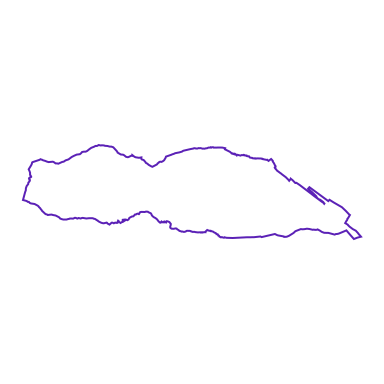 outline of Frumusica, Botosani, Romania
{"feature_id": "2599482B74523212709144", "entity_name": "Frumusica", "entity_type": "district", "adm_level": 2, "iso_a3": "ROU", "parent_name": "Romania", "parent_adm1": "Botosani", "projection": "natural_earth1", "projection_center": [26.855, 47.52], "detail": "fine", "context": "isolated", "style": "outline", "palette": "violet", "viewbox_px": 384, "rotation_deg": 0, "n_neighbors": 0, "source": "geoboundaries", "source_scale": "gbopen_adm2", "svg_char_len": 5946}
<svg xmlns="http://www.w3.org/2000/svg" viewBox="0 0 384 384"><path d="M132.2,155.0L132.0,155.8L131.6,155.7L131.1,155.8L128.4,157.1L127.7,157.2L126.0,156.8L124.2,155.3L123.1,154.7L120.8,154.5L117.6,152.6L117.4,152.0L116.7,151.0L113.3,147.3L111.3,146.6L109.7,146.6L107.5,146.0L104.9,145.8L104.2,145.5L102.7,145.3L101.3,145.3L100.9,145.5L99.4,145.2L98.8,145.0L97.1,145.9L96.7,146.0L95.8,145.9L95.4,146.0L93.9,146.8L91.3,147.8L89.2,149.3L87.1,151.0L85.6,151.7L83.7,151.7L82.1,152.0L81.1,153.2L79.9,154.2L76.7,154.6L74.0,155.8L71.7,157.0L68.5,159.4L65.5,160.4L64.0,161.5L63.1,161.8L62.3,161.9L58.3,163.7L57.1,163.4L55.6,163.4L53.8,162.1L52.8,161.7L48.6,162.1L46.9,161.6L45.2,160.9L42.8,160.2L42.0,159.7L41.4,159.6L40.5,159.2L39.6,159.8L32.4,162.2L32.1,162.6L31.8,163.9L31.1,165.4L28.7,169.3L29.6,171.3L30.1,172.9L30.0,174.3L30.2,174.6L30.3,175.6L30.9,176.0L31.2,176.7L31.2,176.9L30.8,177.2L30.5,177.2L29.9,177.6L29.8,177.9L29.1,178.1L29.0,178.3L29.2,178.7L29.3,179.7L29.9,180.0L29.9,180.3L29.6,181.2L28.9,182.1L28.6,182.3L28.3,182.8L28.2,184.1L26.7,186.0L25.9,188.2L25.8,190.3L25.1,192.2L23.0,200.0L26.3,200.9L27.0,201.2L27.6,201.8L28.8,201.9L29.9,203.0L30.8,203.4L34.6,204.0L37.6,205.6L38.5,206.3L39.0,207.1L40.2,208.2L40.6,208.9L41.7,210.2L42.0,210.8L45.2,213.8L45.8,214.2L46.8,214.4L47.8,215.0L50.0,214.7L51.7,214.6L52.9,215.0L55.6,215.5L58.9,217.2L59.4,217.6L60.1,218.5L61.6,219.1L63.2,219.5L66.6,219.5L68.3,219.0L69.1,218.9L70.0,218.5L73.2,218.6L74.9,217.8L75.8,217.9L77.1,218.5L77.7,218.5L78.3,218.1L78.6,218.0L80.7,218.5L81.9,218.0L82.7,217.9L86.4,218.5L89.0,218.2L92.2,218.2L93.0,218.3L93.7,218.7L94.9,218.9L96.5,219.9L96.6,220.1L97.6,220.5L97.8,220.8L98.9,221.6L101.1,222.7L102.4,223.1L103.7,223.3L106.7,222.6L107.0,222.8L107.5,223.5L109.5,224.6L111.5,222.8L112.0,222.6L112.8,222.8L113.8,223.3L115.2,222.6L116.2,222.9L117.5,222.8L117.6,221.8L118.1,220.7L118.6,221.1L118.5,221.3L118.8,221.8L119.5,222.2L120.5,223.0L121.8,222.1L122.6,222.0L123.9,221.2L124.5,220.8L122.9,220.7L122.6,220.1L122.7,219.8L125.2,219.5L126.3,219.7L127.3,220.2L127.9,219.9L128.6,219.4L129.2,218.2L129.5,217.8L131.9,216.5L133.4,216.3L135.0,214.5L135.9,214.5L136.5,214.0L137.5,213.7L138.2,213.7L138.7,214.1L139.0,214.1L139.9,212.5L140.2,212.1L141.5,211.9L144.8,212.0L145.6,211.7L146.8,211.6L148.0,211.8L148.4,212.2L150.8,213.3L151.4,214.2L151.9,215.4L152.8,216.4L154.3,217.5L155.4,218.0L157.0,219.3L158.6,221.4L160.1,222.7L160.7,222.7L161.1,221.9L161.5,221.5L162.0,222.0L162.6,222.3L163.7,222.3L163.6,221.8L163.8,221.7L164.8,222.1L165.0,221.7L165.6,222.2L166.1,222.4L166.3,221.7L166.7,221.2L166.9,221.2L168.0,221.5L169.4,222.1L170.8,223.9L170.7,225.0L170.2,226.7L170.2,227.4L170.6,228.1L171.7,228.7L173.5,228.8L175.8,228.4L176.6,228.6L177.3,229.4L178.5,230.0L179.4,230.9L180.7,231.2L181.5,231.6L182.3,231.5L183.8,231.9L184.8,231.8L185.9,231.4L186.5,230.9L187.5,230.8L189.9,230.9L190.9,231.2L191.2,231.5L191.7,231.5L192.5,231.9L194.7,231.9L195.3,232.1L197.8,232.4L200.6,232.3L200.7,232.5L201.7,232.5L201.6,232.3L205.3,232.2L205.2,231.9L207.2,230.0L207.9,230.4L208.4,230.4L208.7,230.6L209.9,230.8L210.4,231.1L210.8,230.8L211.3,231.1L211.7,231.2L212.0,231.4L212.8,231.5L214.6,232.7L215.6,233.0L216.3,233.7L216.5,234.2L217.2,234.2L217.8,234.4L218.1,235.2L218.5,235.4L218.5,235.7L219.1,235.9L219.5,236.7L220.4,237.0L220.7,237.3L221.4,237.3L221.8,237.1L223.6,237.7L224.2,237.7L224.5,237.3L226.5,237.8L232.7,238.0L246.3,237.3L253.9,237.2L260.4,236.5L261.6,237.1L274.9,234.0L277.3,235.2L278.0,235.4L283.5,236.4L284.1,236.6L284.2,236.9L286.2,236.8L287.1,236.6L289.0,235.8L293.5,233.0L295.4,231.2L300.8,229.1L302.6,229.3L304.8,229.1L306.9,228.7L309.4,229.0L312.8,229.8L313.8,229.6L315.2,229.9L315.5,229.8L316.9,229.8L317.6,229.4L320.0,230.7L321.8,231.9L324.2,232.8L328.4,232.9L334.7,234.6L336.0,234.0L337.0,234.0L338.5,233.7L343.1,231.8L346.4,230.4L350.0,234.6L353.9,239.0L357.5,237.6L361.0,236.7L360.0,235.5L359.1,234.6L357.9,233.0L355.8,230.7L352.8,229.1L349.4,226.5L347.9,225.0L347.8,224.7L345.2,223.1L346.6,220.6L346.9,220.4L347.4,219.4L347.4,218.8L348.2,217.9L349.9,215.0L349.2,214.5L345.8,210.9L341.9,207.2L333.6,202.4L329.5,199.8L328.3,201.1L309.4,187.2L308.1,188.7L311.2,191.5L310.7,192.0L311.3,192.5L311.9,192.0L316.3,196.3L316.8,197.4L317.5,198.2L318.3,198.9L319.2,199.4L320.1,199.7L323.3,202.1L323.4,202.5L324.4,203.5L324.2,203.8L323.1,202.5L321.9,201.8L314.2,196.1L309.8,192.7L299.8,185.1L296.4,182.8L296.1,182.8L295.6,183.0L295.3,183.0L292.5,180.1L290.7,178.7L290.6,179.1L289.2,180.8L288.5,179.9L285.8,177.2L281.8,174.2L280.9,173.4L280.4,173.1L276.9,170.5L276.2,169.4L275.8,169.2L274.7,167.6L274.8,167.3L275.5,167.0L275.6,166.2L274.7,164.9L274.1,163.5L272.7,161.4L272.8,160.9L272.0,159.9L271.1,159.0L268.5,160.9L267.4,159.9L267.3,160.0L262.6,159.1L262.6,158.9L262.0,158.8L261.9,158.6L260.8,158.5L257.6,158.4L255.3,158.5L255.2,158.3L254.6,158.3L254.7,158.5L252.9,158.3L252.4,158.2L252.2,157.9L250.0,157.6L248.9,156.3L248.7,156.4L246.9,156.1L246.6,155.5L245.2,155.6L245.0,155.3L244.0,154.9L243.7,154.9L243.6,155.2L241.5,155.1L240.5,155.6L237.5,154.8L236.6,154.7L236.5,155.2L235.0,153.8L234.5,153.7L234.4,154.3L232.1,153.6L232.2,153.3L231.3,153.0L229.9,151.8L225.1,149.4L224.9,149.3L225.2,148.2L222.4,147.6L219.9,147.5L215.8,147.6L213.6,147.6L213.1,147.2L212.0,147.3L211.3,147.6L211.1,147.3L210.6,147.2L210.0,147.6L208.4,147.6L207.2,148.2L205.5,148.4L204.7,148.7L203.5,148.6L202.7,148.7L200.6,148.1L199.5,148.2L198.6,148.1L197.5,148.5L195.9,148.5L194.8,148.2L193.8,148.3L193.5,148.5L190.4,149.1L183.5,150.7L182.8,151.0L182.0,151.6L179.3,152.4L175.2,153.2L173.7,153.9L172.3,154.3L171.5,154.7L166.0,156.6L165.3,158.4L164.7,159.2L164.2,160.2L162.9,161.2L161.5,161.9L160.3,161.7L159.5,161.9L158.8,162.4L158.7,162.7L157.6,163.4L157.3,164.0L156.8,164.5L152.4,166.8L151.4,166.4L148.6,164.8L147.4,163.7L145.8,162.8L145.4,162.0L143.6,160.0L141.9,159.5L141.3,158.8L141.4,157.4L139.0,157.8L135.7,157.3L134.5,156.8L132.2,155.0Z" fill="none" stroke="#5b21b6" stroke-width="2"/></svg>